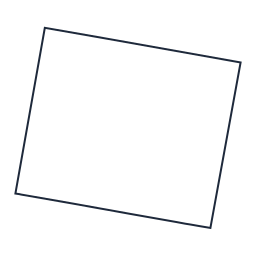 the district of Rawlins, Kansas, United States of America, rotated 190°
{"feature_id": "52423323B33021828989067", "entity_name": "Rawlins", "entity_type": "district", "adm_level": 2, "iso_a3": "USA", "parent_name": "United States of America", "parent_adm1": "Kansas", "projection": "equal_earth", "projection_center": [-101.162, 39.785], "detail": "fine", "context": "isolated", "style": "outline", "palette": "slate", "viewbox_px": 256, "rotation_deg": 190, "n_neighbors": 0, "source": "geoboundaries", "source_scale": "gbopen_adm2", "svg_char_len": 431}
<svg xmlns="http://www.w3.org/2000/svg" viewBox="0 0 256 256"><g transform="rotate(190 128 128)"><path d="M35.8,212.1L167.6,212.3L227.3,212.2L227.5,43.9L223.6,44.0L221.6,43.9L169.0,44.0L142.4,43.9L132.8,43.9L112.0,43.8L100.9,43.8L97.9,43.8L94.0,43.8L87.3,43.8L77.3,43.8L66.2,43.8L64.0,43.8L55.2,43.7L54.7,43.7L49.6,43.8L40.3,43.8L29.8,43.9L29.5,43.9L28.5,212.1L35.8,212.1Z" fill="none" stroke="#1e293b" stroke-width="2"/></g></svg>